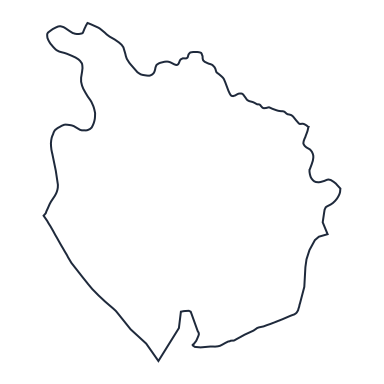 Can Gio, Vietnam
{"feature_id": "81297802B7702852417854", "entity_name": "Can Gio", "entity_type": "district", "adm_level": 2, "iso_a3": "VNM", "parent_name": "Vietnam", "parent_adm1": "", "projection": "orthographic", "projection_center": [106.861, 10.519], "detail": "fine", "context": "isolated", "style": "outline", "palette": "slate", "viewbox_px": 384, "rotation_deg": 0, "n_neighbors": 0, "source": "geoboundaries", "source_scale": "gbopen_adm2", "svg_char_len": 5709}
<svg xmlns="http://www.w3.org/2000/svg" viewBox="0 0 384 384"><path d="M43.6,215.7L47.2,220.9L48.6,223.4L50.4,226.2L53.2,231.1L55.3,235.0L57.0,237.9L58.4,240.4L59.3,242.0L60.2,243.6L60.7,244.5L61.5,245.8L61.6,246.1L62.6,247.7L64.6,251.2L67.0,255.2L68.0,257.2L71.4,262.9L83.0,277.7L87.5,283.3L87.7,283.6L92.3,289.1L98.5,295.4L104.8,301.3L109.2,305.1L113.2,308.5L115.7,310.8L116.8,312.1L118.9,314.7L130.6,329.3L146.2,343.6L158.4,361.0L178.9,328.1L180.9,311.7L183.9,311.1L188.8,310.8L190.7,311.7L191.6,314.1L197.7,331.1L198.6,332.6L198.9,334.1L198.5,335.6L197.2,338.7L196.2,340.9L193.7,344.1L192.7,344.7L192.7,345.3L193.1,345.7L194.9,346.9L200.6,347.4L210.7,346.5L215.3,346.6L217.9,346.3L220.0,345.8L222.2,344.7L225.4,342.9L228.2,341.5L229.6,341.3L230.8,340.7L232.4,340.6L233.5,340.6L234.3,340.4L236.4,339.2L244.6,334.7L253.5,330.6L256.1,328.8L257.2,328.0L258.9,327.4L260.3,327.1L263.6,326.4L267.0,325.1L270.3,324.0L282.3,319.3L283.7,318.7L290.2,315.9L292.0,315.2L294.3,314.4L295.5,313.6L296.3,313.0L297.0,312.1L298.1,310.2L298.5,308.6L299.1,306.9L299.6,304.5L299.9,303.7L304.3,286.9L305.4,267.1L306.5,259.3L309.5,250.0L314.9,240.1L318.9,236.7L327.6,234.2L322.7,222.3L324.2,212.2L324.6,209.7L325.3,208.2L325.7,207.3L327.0,206.4L330.7,204.5L332.9,203.0L335.1,200.9L337.0,198.6L338.1,196.8L338.8,195.5L339.4,194.2L339.9,192.7L340.1,191.6L340.3,189.3L340.4,188.6L337.1,185.0L335.8,183.5L333.6,181.8L330.7,180.0L328.3,179.5L326.7,179.9L324.4,180.9L320.6,182.0L318.6,182.3L315.8,182.0L314.2,181.3L312.9,180.2L311.5,178.5L310.6,176.8L309.9,174.3L309.5,171.8L309.5,169.7L309.8,169.3L310.0,168.8L310.7,166.9L311.6,164.5L312.8,160.8L313.3,157.8L313.3,155.8L312.8,153.8L311.9,151.8L311.0,150.6L309.9,149.4L306.4,147.4L304.8,146.0L303.9,144.7L303.4,143.6L303.4,143.0L303.5,142.1L303.8,140.7L304.2,139.7L304.5,138.8L305.3,137.1L305.9,135.3L306.6,133.5L307.0,132.4L307.4,131.3L307.8,129.8L308.0,128.7L308.5,127.0L308.3,127.0L308.0,126.7L307.4,126.2L306.6,125.5L305.1,124.6L304.1,124.1L303.5,123.9L302.9,123.8L302.2,123.7L301.7,123.8L301.0,123.9L300.6,123.9L300.0,124.0L299.5,123.8L299.1,123.6L298.8,123.4L297.5,121.9L296.1,120.3L294.1,117.8L293.3,116.8L292.6,116.1L291.8,115.5L291.4,115.2L290.3,114.8L289.5,114.6L288.6,114.4L287.8,114.3L287.2,114.0L286.5,113.6L285.4,112.6L284.5,111.8L283.8,111.5L283.0,111.3L282.3,111.2L281.0,111.2L278.3,110.8L276.6,110.3L272.4,108.8L270.9,108.1L269.8,107.6L269.0,107.3L268.3,107.4L267.2,107.7L266.1,108.0L264.9,108.1L264.2,108.2L263.4,108.1L262.9,107.9L262.5,107.7L262.0,107.2L261.4,106.5L260.9,106.0L260.4,105.2L259.6,104.6L258.9,104.4L258.1,104.3L257.6,104.3L257.2,104.3L256.2,103.8L254.8,103.0L253.6,102.4L252.6,102.0L250.7,101.5L249.2,101.1L248.0,100.5L246.9,99.7L245.6,97.8L244.4,96.2L243.4,94.8L242.8,94.2L242.0,93.7L241.2,93.5L240.0,93.5L238.9,93.6L238.0,93.9L237.0,94.4L236.1,94.9L235.3,95.4L234.0,95.8L233.1,96.1L232.1,96.0L231.3,95.7L230.8,95.2L230.7,95.1L229.8,93.7L228.4,90.7L225.3,82.4L223.9,79.1L223.0,77.8L221.9,76.7L221.0,75.9L219.0,74.2L217.5,73.1L217.2,72.9L216.4,72.1L216.0,71.0L215.4,68.9L214.6,67.3L213.5,66.1L212.4,65.0L211.4,64.5L210.0,64.0L208.8,63.7L207.9,63.3L207.4,63.1L206.2,62.5L204.7,61.8L203.2,60.4L202.7,58.8L202.6,57.9L202.6,56.9L202.5,56.0L202.2,55.3L201.8,54.3L201.7,53.8L201.4,53.3L201.1,52.9L200.1,52.5L198.8,52.2L197.3,52.0L193.2,52.0L191.9,52.2L190.7,52.4L190.3,52.5L189.8,52.9L189.1,53.7L188.7,54.2L188.4,54.8L188.1,55.9L187.8,57.0L187.4,57.7L186.6,58.2L186.1,58.4L184.7,58.4L183.6,58.3L182.8,58.3L181.7,58.9L180.7,59.4L180.3,59.9L179.8,60.7L179.3,62.0L178.7,63.4L178.1,64.3L177.1,64.9L176.3,65.0L175.6,64.8L174.2,64.3L172.1,63.2L170.3,62.3L168.7,61.8L167.5,61.6L166.0,61.6L164.3,61.8L162.7,62.2L160.3,62.8L158.8,63.4L156.8,64.7L156.5,65.0L156.0,66.1L155.5,67.4L155.1,69.5L154.6,71.2L154.0,72.6L153.3,73.5L151.9,74.7L150.6,75.3L149.5,75.7L148.7,75.7L147.2,75.6L145.1,75.3L142.6,74.9L140.8,74.4L139.3,73.5L137.4,72.2L133.3,67.5L130.6,64.4L129.3,62.8L126.9,59.0L126.5,58.0L125.8,55.9L125.4,54.1L124.8,52.0L124.4,50.7L123.4,47.3L121.6,44.8L119.0,42.5L114.7,39.5L109.6,36.6L106.9,34.6L105.9,33.7L104.9,32.7L101.5,29.9L99.6,28.4L98.0,27.5L96.0,26.6L90.9,24.3L87.5,23.0L85.9,25.7L85.5,26.7L84.6,28.5L82.9,32.7L82.4,33.2L81.6,33.5L80.5,33.7L79.6,33.9L78.6,34.0L77.6,34.0L76.8,34.0L76.2,33.9L74.9,33.7L73.8,33.3L72.9,33.1L72.2,32.7L69.5,31.0L65.4,28.2L63.9,27.3L63.2,27.0L62.5,26.8L61.5,26.5L60.1,26.2L58.1,26.5L55.8,27.5L52.7,29.1L50.5,30.7L48.6,32.1L47.9,32.7L47.6,33.3L47.4,33.6L47.2,34.2L47.2,34.8L47.2,35.5L47.2,36.0L47.3,36.7L47.4,37.6L47.5,38.1L47.9,39.0L48.3,40.0L49.1,41.5L50.0,43.0L50.7,44.0L51.7,45.1L52.8,46.5L54.2,48.0L55.7,49.5L56.8,50.3L58.9,51.4L59.7,51.7L60.1,51.8L61.5,52.2L61.9,52.3L64.3,52.9L66.1,53.5L67.0,53.8L71.8,55.8L75.5,57.5L78.5,59.4L80.2,61.0L81.3,62.6L81.8,63.2L81.9,63.5L82.0,63.7L82.3,65.2L82.4,66.4L82.5,68.2L82.3,69.7L82.1,71.5L81.1,77.7L81.1,81.7L82.0,85.5L83.2,88.6L85.4,92.6L87.8,96.6L89.1,98.4L90.5,100.4L91.4,101.9L91.5,102.1L93.3,106.1L93.9,107.9L94.4,109.8L94.9,112.1L95.1,113.2L95.0,116.7L94.8,118.9L94.3,121.2L93.7,123.2L92.7,125.6L92.5,125.9L91.7,127.5L90.0,129.0L88.3,129.8L86.9,130.3L85.5,130.4L83.8,130.3L81.7,130.3L80.0,129.8L77.3,128.2L74.1,126.3L73.8,126.1L71.7,125.4L70.1,125.1L67.8,124.8L66.8,124.7L65.5,124.6L64.1,124.8L62.1,125.6L61.5,125.9L60.1,126.7L59.6,127.0L58.8,127.4L57.9,127.9L57.2,128.4L56.6,128.8L56.1,129.3L55.5,129.6L55.0,130.2L54.7,130.5L53.7,132.3L53.0,134.4L52.3,135.9L51.7,137.7L51.2,140.3L50.9,143.6L51.0,144.8L51.0,145.9L51.4,149.6L52.1,153.1L52.2,153.3L55.8,170.8L57.9,184.8L57.9,185.0L57.8,187.6L57.4,189.8L56.8,191.8L56.1,193.5L54.8,195.9L53.4,198.0L51.0,201.6L49.6,204.2L47.9,208.1L46.5,211.1L45.7,213.3L44.4,214.8L43.6,215.7Z" fill="none" stroke="#1e293b" stroke-width="2"/></svg>